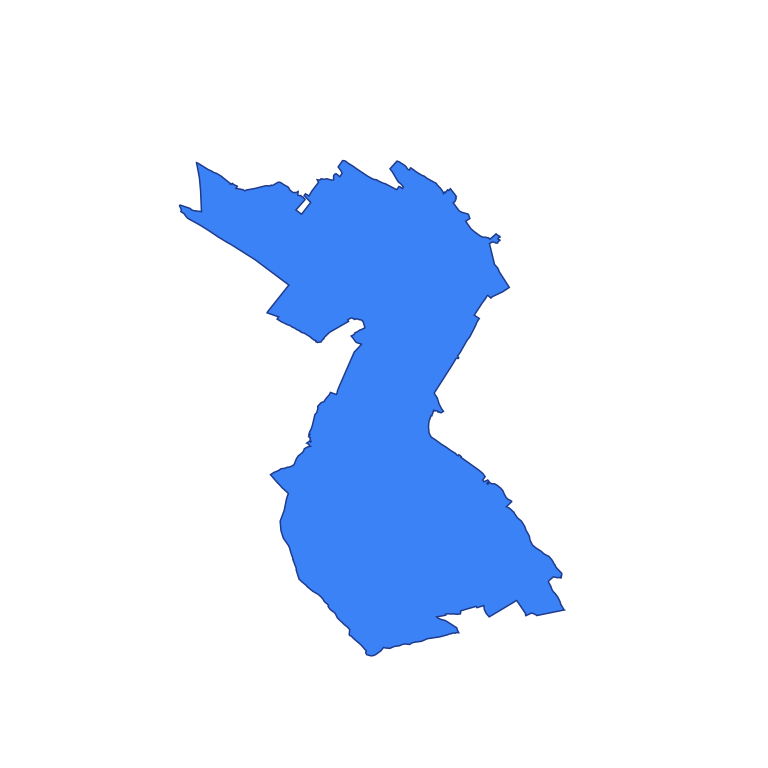 the district of Ion Neculce, Iasi, Romania, rotated 327°
{"feature_id": "2599482B15077063893597", "entity_name": "Ion Neculce", "entity_type": "district", "adm_level": 2, "iso_a3": "ROU", "parent_name": "Romania", "parent_adm1": "Iasi", "projection": "mercator", "projection_center": [27.043, 47.198], "detail": "fine", "context": "isolated", "style": "filled", "palette": "blue", "viewbox_px": 768, "rotation_deg": 327, "n_neighbors": 0, "source": "geoboundaries", "source_scale": "gbopen_adm2", "svg_char_len": 6145}
<svg xmlns="http://www.w3.org/2000/svg" viewBox="0 0 768 768"><g transform="rotate(327 384 384)"><path d="M366.1,133.2L365.2,133.5L364.7,132.4L363.9,132.6L364.0,131.7L363.7,130.4L360.7,121.1L358.2,116.0L356.6,114.2L355.5,111.7L353.3,108.3L348.3,97.6L347.3,96.3L341.5,110.5L335.5,121.9L324.8,140.0L318.9,135.0L317.7,133.5L316.9,131.0L310.5,122.9L309.6,123.1L309.0,127.2L308.4,128.0L307.5,128.7L309.2,132.6L309.1,134.6L309.6,138.2L316.5,151.1L320.7,160.2L325.1,170.5L330.3,181.3L331.1,182.5L343.5,209.4L358.1,249.2L325.8,260.0L324.7,260.6L332.2,270.4L329.7,271.3L331.9,276.1L335.7,282.2L337.1,283.8L338.1,286.5L339.7,288.7L340.3,290.6L342.5,293.9L342.2,294.2L343.4,296.5L344.8,297.9L348.0,304.7L347.9,305.4L349.4,309.3L350.5,310.5L349.8,311.3L351.0,313.1L354.4,314.5L355.9,313.5L358.1,313.3L358.0,313.0L359.4,312.4L366.5,311.0L388.4,312.2L388.4,310.5L390.7,310.5L392.7,310.9L393.2,311.2L393.6,312.3L394.9,313.5L394.6,313.8L397.1,314.8L398.0,316.3L400.0,318.1L400.3,318.9L400.1,319.4L400.5,320.0L399.0,325.4L398.4,326.5L394.1,325.9L392.9,325.5L390.3,325.7L387.6,325.2L385.7,326.2L382.6,325.9L383.0,328.7L383.2,333.5L383.8,334.6L386.8,338.3L386.3,338.6L376.4,341.0L344.7,361.9L341.3,364.3L339.5,366.2L338.3,366.8L334.5,361.9L332.1,363.3L327.7,364.5L324.2,366.0L320.8,365.4L316.3,366.6L314.7,369.1L313.4,370.0L312.6,371.1L309.3,372.1L301.6,379.5L298.5,382.0L295.8,383.5L293.4,385.5L294.3,386.0L292.1,387.1L293.0,388.9L292.0,389.7L291.5,392.5L290.8,392.7L290.6,391.3L287.0,391.5L287.5,392.1L288.4,396.2L285.9,395.2L282.0,394.9L280.2,396.2L278.2,397.1L272.8,397.6L269.8,399.0L264.8,402.5L262.8,402.7L259.7,402.2L257.4,401.1L255.1,400.7L251.4,399.0L248.2,399.1L243.5,398.2L239.4,398.2L240.9,409.2L241.2,410.1L242.1,415.8L244.1,423.2L243.9,423.9L239.8,427.1L231.4,435.7L222.2,442.5L217.7,450.9L215.6,458.5L215.9,467.2L215.6,469.7L213.8,475.5L212.7,480.2L212.3,481.5L212.0,481.5L210.0,490.9L209.1,492.0L206.5,501.4L207.4,505.3L209.0,510.2L209.2,512.1L211.4,519.1L214.1,524.3L215.2,528.0L215.6,531.1L215.5,534.2L217.0,539.1L216.0,540.0L216.0,543.1L216.8,546.0L217.7,548.0L218.1,550.1L217.5,554.9L219.8,564.7L220.8,567.4L221.5,571.3L218.4,575.1L218.3,576.3L219.2,577.4L219.8,580.6L222.6,590.2L223.5,596.7L223.9,598.0L222.3,599.4L222.1,601.6L225.1,605.0L227.5,606.1L229.8,606.4L236.1,606.1L240.1,604.7L241.7,606.4L244.9,608.9L249.6,609.7L254.3,611.9L257.9,612.5L260.3,613.6L263.6,616.4L266.6,616.4L269.2,617.3L275.3,620.2L281.8,621.3L292.9,626.4L301.2,629.1L302.9,629.2L304.0,630.0L305.5,630.2L307.3,631.0L307.8,631.7L309.4,632.0L311.2,633.3L311.6,630.3L312.2,628.0L306.7,615.9L303.5,612.4L301.8,609.7L301.3,608.0L309.8,611.5L310.2,611.2L310.3,610.7L312.1,611.3L315.8,614.0L317.1,614.4L317.5,615.1L320.0,617.0L322.8,618.4L323.9,617.4L324.7,616.0L340.0,620.6L340.1,622.2L347.0,624.2L345.3,627.8L344.8,631.3L344.8,632.4L345.4,636.6L377.4,637.8L377.7,653.8L376.9,654.6L376.8,655.6L382.2,656.3L383.8,657.2L385.9,660.7L386.0,661.4L412.2,671.7L412.0,671.2L412.3,665.0L413.1,662.4L413.7,657.5L413.5,653.4L412.9,650.4L412.9,647.8L413.7,644.8L414.1,639.4L415.6,638.7L421.1,638.0L423.8,640.8L425.3,641.6L426.8,643.1L427.7,642.2L427.7,641.6L428.3,641.7L429.8,640.0L429.9,639.4L428.6,632.3L428.5,629.9L428.9,629.0L428.7,626.7L429.0,625.1L429.0,622.7L428.4,618.3L426.8,615.8L425.5,613.1L424.8,610.1L422.2,604.4L420.8,600.0L421.4,594.6L423.0,590.9L423.4,586.5L423.4,584.3L424.4,580.5L424.6,573.9L423.0,568.9L422.9,564.5L423.1,562.4L421.6,556.5L419.8,553.6L427.0,552.2L427.2,551.9L425.1,547.8L424.6,546.0L424.9,542.1L425.6,537.9L425.1,534.8L423.7,530.5L422.4,528.0L419.8,526.1L418.9,523.9L416.5,524.6L416.2,523.5L419.0,522.6L418.7,521.0L414.5,520.4L414.5,518.2L418.3,516.9L418.2,513.0L416.7,508.0L408.6,487.4L409.2,487.2L408.9,485.7L408.2,484.1L407.2,484.6L406.3,482.8L406.3,481.8L406.0,480.7L404.1,476.9L401.5,470.3L399.6,466.4L396.8,459.0L395.1,455.2L394.7,453.9L395.1,449.7L398.0,444.1L401.5,439.7L406.3,436.2L406.8,436.7L411.4,433.1L411.8,434.2L413.7,434.9L414.1,437.1L414.9,437.2L415.6,438.7L416.2,439.2L419.0,439.3L418.8,436.0L419.3,430.9L421.1,424.5L421.0,419.7L421.5,418.8L451.7,405.1L458.2,401.9L458.6,401.8L460.1,403.0L460.8,402.9L461.0,402.5L460.9,400.6L465.3,398.9L477.5,392.6L481.6,391.2L492.6,384.9L495.7,382.7L499.6,381.0L497.2,375.5L497.7,375.2L510.4,369.6L514.8,368.0L518.7,366.1L519.3,366.2L520.5,370.2L521.3,369.8L523.2,369.9L533.9,371.3L541.7,371.2L541.8,352.4L542.3,350.8L542.5,348.4L541.8,343.9L548.9,323.7L551.5,323.8L553.0,324.4L553.9,325.3L554.3,326.4L555.6,327.5L556.2,327.6L557.3,326.7L559.5,326.7L559.6,326.1L558.7,325.0L558.6,324.3L559.5,323.7L561.4,324.0L561.5,323.2L560.0,320.3L559.8,319.1L551.6,320.3L551.4,318.5L548.8,316.0L546.7,314.5L545.4,312.4L542.5,304.9L541.4,300.8L541.2,292.0L546.1,292.0L547.2,288.0L547.0,287.2L542.8,282.4L541.6,280.4L541.3,278.9L540.7,269.7L542.9,269.6L545.5,267.8L545.7,266.7L546.7,266.4L546.7,263.7L546.0,256.3L543.6,257.0L543.2,255.8L539.7,256.8L539.6,256.2L537.6,256.8L538.2,254.5L537.9,250.2L537.1,246.5L537.1,244.2L532.0,234.8L531.0,231.7L529.4,229.5L526.8,224.2L524.3,217.5L523.8,217.2L521.9,218.4L521.0,217.1L520.8,216.2L520.9,213.9L520.3,211.7L517.8,206.1L516.3,204.1L506.2,206.8L506.5,210.9L506.0,221.2L506.1,222.5L507.2,225.6L507.6,229.3L505.9,230.0L504.9,227.5L504.1,226.5L500.5,228.0L494.2,216.8L492.6,215.0L490.1,211.0L489.0,208.7L486.7,206.6L485.7,204.9L483.6,201.0L478.3,188.7L476.5,184.1L474.1,179.1L473.2,176.4L472.4,175.1L470.9,174.1L463.8,176.9L464.0,182.5L463.6,184.4L459.9,186.1L458.4,181.6L457.4,181.2L455.5,181.6L453.9,183.6L453.3,185.1L452.2,185.3L449.7,183.0L448.2,181.0L444.8,179.4L443.1,177.6L441.9,178.0L440.6,177.6L439.2,176.3L438.9,179.2L428.5,182.9L423.5,185.4L421.7,181.7L419.7,182.5L421.4,191.8L407.3,196.7L404.9,190.1L418.2,186.4L418.3,185.5L418.0,184.6L417.9,183.1L417.2,182.4L416.9,180.7L415.3,179.6L414.6,178.7L416.8,175.8L414.7,175.6L411.9,173.8L410.8,170.5L410.9,167.4L410.8,166.5L408.5,162.2L407.1,158.8L405.8,157.5L404.9,157.1L398.9,156.8L398.2,156.5L397.6,155.7L395.7,155.6L394.0,154.0L391.7,152.9L382.0,149.6L374.2,146.3L372.4,146.2L371.5,144.1L366.4,139.3L368.6,138.4L368.6,138.0L366.8,135.3L366.1,133.2Z" fill="#3b82f6" stroke="#1e3a8a" stroke-width="1.5"/></g></svg>